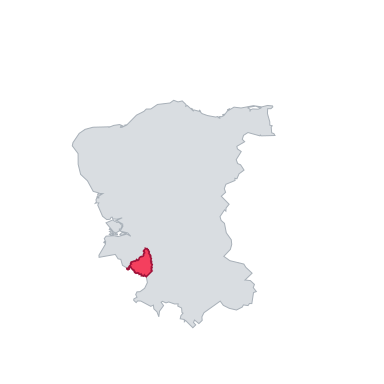 Oriximiná, Pará, Brazil (highlighted), rotated 225°
{"feature_id": "56859067B55798525493506", "entity_name": "Oriximiná", "entity_type": "district", "adm_level": 2, "iso_a3": "BRA", "parent_name": "Brazil", "parent_adm1": "Pará", "projection": "orthographic", "projection_center": [-56.798, 0.267], "detail": "fine", "context": "in_parent", "style": "filled", "palette": "rose", "viewbox_px": 384, "rotation_deg": 225, "n_neighbors": 0, "source": "geoboundaries", "source_scale": "gbopen_adm2", "svg_char_len": 8031}
<svg xmlns="http://www.w3.org/2000/svg" viewBox="0 0 384 384"><g transform="rotate(225 192 192)"><path d="M113.9,99.7L117.3,102.6L121.4,101.3L122.7,103.1L125.1,100.5L130.7,97.8L132.0,95.2L135.6,93.8L135.9,92.2L131.8,91.6L130.7,84.7L127.2,80.3L132.0,82.5L136.3,82.4L139.3,84.7L140.3,82.0L151.1,78.7L153.5,76.4L153.3,74.3L156.6,74.2L157.5,75.2L156.5,78.7L159.3,79.7L160.3,82.5L158.3,84.7L157.4,90.4L159.5,96.4L164.6,99.9L166.8,99.4L167.9,97.4L169.9,97.9L175.7,94.7L183.0,95.7L181.9,93.2L183.1,91.5L184.5,92.2L189.3,91.0L194.7,94.0L197.0,92.5L202.1,93.6L211.5,80.1L213.1,81.5L216.3,93.9L218.0,95.9L221.1,97.0L221.5,100.1L216.1,106.1L212.8,108.1L208.3,116.2L204.0,117.4L208.6,117.6L215.2,113.5L216.5,118.7L218.3,120.3L225.2,118.5L223.1,124.4L225.8,119.7L229.0,117.0L230.6,117.8L231.3,116.9L230.7,114.8L232.8,112.2L238.1,111.6L249.4,116.1L250.2,118.4L251.8,116.8L254.4,118.6L255.1,120.6L253.7,121.9L254.3,122.6L255.7,121.3L256.1,122.5L254.8,123.9L253.9,127.9L255.7,126.2L257.0,123.2L257.2,125.4L262.3,122.6L273.9,126.0L283.2,125.7L292.1,131.1L299.7,138.6L309.3,140.0L311.1,142.8L313.2,153.7L311.9,160.7L307.8,167.8L296.7,179.5L296.7,178.6L294.4,183.8L290.9,188.5L289.3,189.2L288.3,187.1L287.3,188.1L285.5,193.1L285.6,207.1L283.0,215.1L283.0,218.3L279.8,221.6L278.3,229.5L270.5,239.4L269.8,243.9L265.6,245.8L263.3,249.5L258.0,249.6L257.1,248.2L256.5,249.8L248.4,250.2L248.7,251.4L243.3,254.5L240.4,254.5L235.1,257.0L228.3,261.7L227.0,263.8L225.9,263.0L225.4,264.0L224.0,263.6L225.8,264.9L224.2,266.3L223.5,268.7L224.2,274.0L222.3,281.7L216.7,286.1L209.6,296.5L203.4,301.1L203.3,299.6L207.7,297.7L211.8,292.0L211.9,291.0L209.4,291.6L208.0,289.8L208.7,291.6L207.8,293.7L203.9,297.2L202.6,299.9L202.9,301.4L199.8,306.6L195.9,309.8L195.0,309.3L195.1,306.7L197.4,304.4L194.1,300.8L186.6,296.6L184.3,294.3L182.1,295.5L181.9,293.9L177.5,290.2L175.4,291.2L173.3,290.6L182.8,280.6L184.0,280.6L183.7,279.7L194.5,273.6L195.6,268.5L193.7,264.8L190.3,264.8L192.6,256.0L190.4,254.6L185.8,255.4L183.6,246.1L179.8,244.4L176.9,245.6L170.7,244.3L171.6,238.1L169.6,233.1L171.4,232.0L169.7,230.6L173.5,221.4L171.5,217.2L168.0,215.5L168.3,209.7L157.1,209.6L156.6,204.8L154.5,202.4L156.4,202.4L154.8,194.4L151.3,192.5L146.9,192.8L138.9,187.4L130.5,186.0L126.9,183.1L124.3,178.6L124.0,169.0L116.7,170.2L104.4,177.7L100.7,176.8L92.1,177.1L92.3,167.2L88.2,170.6L82.5,170.8L81.1,167.7L76.1,167.1L77.4,164.4L70.8,155.4L72.5,153.8L72.1,151.3L75.8,148.5L75.1,146.2L77.1,140.0L83.4,136.1L89.7,134.0L94.9,134.8L98.2,115.1L96.7,110.7L94.0,108.4L94.1,103.8L99.7,103.3L98.7,100.8L95.4,100.7L95.4,96.6L105.8,96.6L105.7,94.9L107.3,96.4L110.7,94.0L112.4,96.7L112.7,100.0L113.9,99.7ZM219.3,108.3L231.0,109.4L228.2,116.4L226.1,116.5L225.7,117.7L224.0,117.1L222.1,118.9L217.7,118.9L216.1,115.4L217.2,114.5L215.9,113.3L216.8,109.3L219.3,108.3ZM209.3,116.6L211.1,111.7L213.0,111.0L212.8,114.0L209.3,116.6ZM222.5,105.8L221.4,107.7L218.7,107.2L219.2,106.0L222.5,105.8ZM218.5,103.8L218.1,107.6L216.9,107.2L218.5,103.8ZM224.4,108.2L222.7,108.4L222.0,108.1L224.0,107.0L224.4,108.2ZM216.8,108.4L215.0,109.6L214.3,109.0L215.6,107.8L216.8,108.4ZM219.9,105.0L219.1,104.2L220.5,103.5L220.6,104.2L219.9,105.0ZM219.0,95.2L218.0,95.4L217.8,94.0L218.7,93.9L219.0,95.2ZM224.4,277.2L224.1,276.1L224.9,275.1L225.1,275.4L224.4,277.2ZM244.3,254.1L244.4,255.3L243.3,255.1L244.3,254.1ZM224.4,269.5L224.0,268.8L224.7,268.2L225.0,268.4L224.4,269.5ZM255.4,125.4L254.7,126.8L255.4,124.8L255.4,125.4ZM288.7,189.4L287.6,189.8L288.3,188.7L288.7,189.4ZM251.3,250.7L250.1,251.1L249.9,250.8L250.7,250.3L251.3,250.7ZM286.7,191.9L286.2,192.7L286.0,192.2L286.7,191.9ZM252.4,115.6L252.5,116.3L252.1,116.2L252.4,115.6Z" fill="#d9dde1" stroke="#a8b0b8" stroke-width="1"/><path d="M164.4,107.6L164.5,107.6L164.8,107.7L164.8,107.8L164.7,108.0L164.8,108.0L165.1,108.0L165.2,107.9L165.3,108.0L165.4,107.9L165.6,107.9L165.6,108.0L165.5,108.3L165.6,108.5L165.8,108.5L166.0,108.9L166.1,109.1L166.3,109.3L166.6,109.3L166.8,109.4L167.0,109.3L167.2,109.6L167.2,109.8L166.8,109.9L166.8,110.0L166.6,110.0L166.8,110.1L166.8,110.3L167.3,110.3L167.5,110.4L167.6,110.6L167.9,110.6L167.9,110.9L168.0,111.0L168.1,111.4L168.5,112.0L168.7,112.4L168.7,112.5L168.8,112.7L169.5,112.7L169.8,112.5L170.1,112.6L170.2,112.9L170.4,112.9L170.4,113.0L170.8,113.1L171.0,113.4L171.0,113.5L171.1,113.4L171.3,113.4L171.3,113.5L171.6,113.6L171.6,113.8L171.9,113.8L171.9,114.0L172.1,114.2L172.1,114.5L172.4,114.5L172.6,114.5L172.8,114.7L173.0,114.7L173.1,115.2L173.5,115.7L173.5,115.9L173.6,116.1L173.8,116.0L174.0,116.0L174.4,116.1L174.5,116.2L174.5,116.4L174.7,116.5L174.9,116.7L175.1,116.5L175.3,116.6L175.5,116.6L175.4,117.1L175.8,117.2L176.0,117.1L176.2,117.3L176.4,117.3L176.5,117.6L176.8,117.7L176.7,117.9L176.9,117.9L177.0,118.0L177.4,118.0L177.6,117.9L177.7,117.7L177.9,117.7L178.0,117.8L178.0,118.0L178.3,117.9L178.5,118.0L179.0,118.2L179.3,118.2L179.3,118.5L179.3,118.8L179.5,119.0L179.8,119.1L179.9,119.3L180.0,119.2L180.2,119.3L180.7,119.7L180.9,119.6L181.1,119.7L181.3,119.6L181.5,119.8L181.7,120.0L181.8,120.0L181.9,119.8L182.0,119.8L182.2,120.1L182.4,119.9L182.6,119.9L183.4,120.2L183.6,120.0L183.8,120.1L184.0,119.7L184.1,119.8L184.4,119.5L184.5,119.6L184.9,119.4L184.4,119.2L184.9,118.9L184.8,117.3L184.8,117.1L184.6,117.0L184.5,116.7L184.7,116.1L184.5,115.9L184.4,115.9L184.1,115.8L184.1,115.7L183.8,115.7L183.8,115.8L183.4,115.7L183.4,115.9L183.2,115.7L183.1,115.8L182.9,115.8L182.6,115.6L182.6,115.3L182.4,115.2L182.6,114.4L182.5,114.2L182.4,114.2L182.3,113.7L182.1,113.3L181.9,113.2L181.6,113.0L181.5,112.9L181.4,113.0L181.2,112.5L181.1,112.3L181.1,112.2L181.3,111.9L181.5,111.3L181.5,111.2L181.8,110.7L182.0,110.8L182.1,110.5L182.2,110.3L182.4,110.3L182.5,110.1L182.5,109.8L182.6,109.6L182.5,109.4L182.7,108.9L182.7,108.3L182.6,108.1L182.5,107.8L182.4,107.5L182.2,107.4L182.2,107.2L181.9,106.8L181.9,106.6L181.7,106.4L181.7,106.2L181.9,105.9L181.8,105.5L182.2,105.0L182.7,105.1L182.9,105.3L183.1,105.3L183.5,105.2L183.4,104.9L183.3,104.7L183.3,104.2L183.2,104.1L183.0,103.8L183.0,103.6L183.1,103.4L183.1,103.0L183.3,102.9L183.2,102.9L183.4,102.9L183.5,102.5L183.8,102.3L184.1,102.4L184.3,102.0L184.3,101.7L184.5,101.3L184.5,101.0L184.5,100.9L184.5,100.7L184.7,100.4L185.0,100.4L185.0,100.2L185.1,99.9L185.4,99.7L185.2,99.4L185.3,99.4L185.4,99.2L185.2,98.6L184.9,98.3L184.5,98.2L184.5,97.9L184.4,97.9L184.5,97.8L184.3,97.7L184.1,97.2L184.0,96.9L183.8,96.3L184.0,96.0L183.9,95.5L183.9,95.3L183.7,95.0L183.8,94.9L183.6,94.6L183.6,94.3L183.5,94.1L183.3,93.7L183.1,93.6L183.1,93.3L183.2,92.6L183.4,92.4L183.9,92.2L184.3,92.3L184.6,92.2L184.4,92.2L184.2,91.9L183.8,91.9L183.7,91.7L183.4,91.5L183.3,91.4L182.9,91.5L183.0,91.7L182.7,91.9L182.9,92.0L182.6,92.5L182.4,92.5L182.2,92.4L182.2,92.8L181.9,93.1L182.1,93.2L182.5,93.4L182.5,93.6L182.8,93.8L183.0,94.2L183.3,94.3L183.2,94.4L183.4,94.5L183.4,94.9L183.2,94.8L183.3,95.1L183.4,95.4L183.4,95.5L183.1,95.8L182.8,95.9L182.6,95.8L182.1,95.8L181.8,95.5L181.7,95.5L181.7,95.4L181.6,95.5L181.3,95.5L180.7,95.2L180.3,95.3L179.9,95.1L179.7,95.1L179.1,95.4L179.0,95.2L178.9,95.1L178.7,95.2L178.7,95.3L178.2,95.3L177.8,95.7L177.7,95.6L177.4,95.5L177.1,95.4L177.0,95.2L176.7,95.3L176.4,95.3L176.2,95.1L175.9,94.6L175.7,94.6L175.5,94.9L175.4,94.8L175.2,94.9L175.0,95.1L174.7,95.0L174.7,94.9L174.5,95.0L174.3,94.9L174.2,95.1L174.1,95.3L173.7,95.4L173.7,95.7L173.6,95.8L173.6,96.1L173.3,96.1L173.3,96.3L173.2,96.4L173.2,96.6L172.9,96.8L172.7,96.7L172.6,96.8L172.4,96.7L172.3,96.8L172.2,96.6L171.9,96.6L171.6,96.6L171.4,96.5L171.4,96.8L171.1,96.8L170.9,96.8L170.7,97.0L170.2,97.0L170.2,97.5L170.1,98.0L169.7,97.8L169.3,98.0L169.1,97.9L169.1,97.6L168.9,97.5L168.6,97.7L168.4,97.5L168.1,97.6L168.1,97.4L167.9,97.6L167.6,97.8L167.6,98.0L167.4,98.2L167.2,98.3L167.1,98.2L166.9,98.2L166.9,98.4L166.9,98.6L167.0,98.7L167.1,98.8L167.1,99.2L166.9,99.3L166.9,99.5L166.8,99.4L166.8,99.5L166.7,99.5L166.7,99.3L166.4,99.5L166.1,99.3L165.9,99.4L165.7,99.3L165.5,99.5L165.4,99.9L165.2,100.0L164.9,100.1L164.7,100.0L164.5,99.7L164.4,99.7L164.4,107.6Z" fill="#f43f5e" stroke="#9f1239" stroke-width="1.5"/></g></svg>